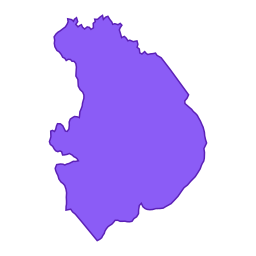 Piripá, Bahia, Brazil
{"feature_id": "56859067B26394127127445", "entity_name": "Piripá", "entity_type": "district", "adm_level": 2, "iso_a3": "BRA", "parent_name": "Brazil", "parent_adm1": "Bahia", "projection": "equal_earth", "projection_center": [-41.743, -15.002], "detail": "fine", "context": "isolated", "style": "filled", "palette": "violet", "viewbox_px": 256, "rotation_deg": 0, "n_neighbors": 0, "source": "geoboundaries", "source_scale": "gbopen_adm2", "svg_char_len": 2722}
<svg xmlns="http://www.w3.org/2000/svg" viewBox="0 0 256 256"><path d="M54.1,36.9L54.7,40.2L54.3,43.4L54.9,46.8L56.9,50.4L59.3,52.0L61.2,54.4L62.7,57.2L64.9,58.4L66.2,60.5L68.2,59.3L70.5,59.5L71.9,61.2L74.2,61.4L75.8,63.5L76.4,67.0L76.1,71.8L75.9,76.1L77.9,79.5L78.3,86.2L80.1,89.6L82.7,92.1L83.9,95.0L83.9,98.2L83.2,100.7L82.5,103.2L82.2,106.0L81.2,108.8L79.9,111.8L79.7,114.3L79.3,117.6L77.1,116.8L74.5,116.5L72.5,117.6L70.3,119.1L69.2,122.0L69.3,125.4L68.9,129.0L67.2,131.4L65.4,131.1L63.7,127.7L62.7,125.7L60.4,123.8L57.5,123.7L56.5,125.9L55.7,129.3L54.5,131.5L52.4,130.4L50.7,131.1L50.8,133.9L50.9,136.7L50.3,139.0L49.4,141.6L50.3,144.4L52.7,146.3L54.3,149.1L55.7,150.8L57.9,151.7L59.9,150.9L61.6,151.7L62.6,155.0L64.4,154.9L67.1,154.4L69.4,153.5L72.3,155.1L73.9,156.7L75.6,157.5L77.2,158.8L78.3,160.8L75.5,161.4L73.3,161.3L70.8,162.6L69.0,163.5L66.9,164.0L64.8,165.0L63.0,164.2L60.4,164.0L56.7,164.6L55.2,168.3L55.7,170.6L56.7,173.1L57.9,175.4L58.9,179.0L61.0,182.0L63.0,183.5L64.7,185.4L66.0,189.2L66.6,192.9L66.3,197.2L66.5,201.0L66.5,204.1L66.1,206.4L66.0,210.1L70.7,209.2L72.6,211.9L75.4,214.2L81.1,221.0L97.2,240.6L99.9,239.2L101.7,237.7L102.7,235.7L104.2,233.5L104.9,231.2L106.3,228.8L108.1,226.6L110.0,225.3L111.8,224.2L113.4,222.5L115.1,220.3L117.9,220.3L120.1,221.3L122.6,221.3L124.9,221.2L127.1,221.7L129.6,221.8L132.0,221.3L133.9,218.6L136.6,216.8L138.5,213.7L138.6,209.9L139.3,205.5L141.3,203.3L143.0,206.8L145.2,208.6L147.2,209.4L149.9,209.7L152.6,209.5L155.8,208.6L160.0,208.5L163.2,208.1L165.5,206.7L167.7,205.5L171.1,203.6L173.9,200.7L177.9,196.4L181.9,190.6L184.1,187.6L187.5,185.0L190.6,181.4L195.2,176.7L197.5,173.2L200.2,168.8L201.3,165.6L202.3,163.4L203.7,161.1L204.3,158.3L204.4,155.8L204.5,152.4L203.9,148.6L205.4,145.5L206.6,143.0L205.5,139.5L204.7,135.9L204.4,132.2L203.8,129.9L203.1,127.2L202.0,124.8L200.4,121.1L198.6,117.9L197.3,115.4L195.7,113.6L193.3,111.5L191.6,109.3L189.0,107.1L186.6,105.0L184.9,103.5L184.8,100.8L187.0,98.3L188.6,94.8L170.0,69.3L161.2,57.8L159.5,56.8L157.0,55.4L155.5,53.1L153.1,53.6L150.2,53.9L147.8,54.5L146.2,53.4L144.7,51.6L141.9,54.0L139.8,52.9L139.3,49.0L137.1,47.3L137.9,44.3L137.0,40.9L133.2,41.6L129.8,40.2L127.9,40.8L126.1,38.0L124.3,36.4L121.6,37.6L120.4,33.3L119.3,29.9L120.2,27.7L121.9,25.2L120.2,23.4L118.0,24.7L114.8,23.7L112.7,24.3L111.8,22.0L109.7,19.3L107.9,16.3L105.7,17.1L103.4,19.4L102.5,15.4L100.3,16.9L97.5,19.4L94.7,19.2L95.3,21.6L93.2,23.4L93.4,27.8L91.0,29.4L89.4,27.4L87.2,26.9L84.6,29.0L82.5,27.2L81.4,24.7L79.7,25.5L78.0,26.8L75.8,24.4L77.7,21.6L76.5,17.7L74.4,19.3L73.5,21.3L71.6,19.6L67.7,18.8L68.1,21.8L67.1,24.2L65.4,26.9L62.6,29.0L60.1,30.9L58.2,32.0L56.1,33.9L54.1,36.9Z" fill="#8b5cf6" stroke="#5b21b6" stroke-width="1.5"/></svg>